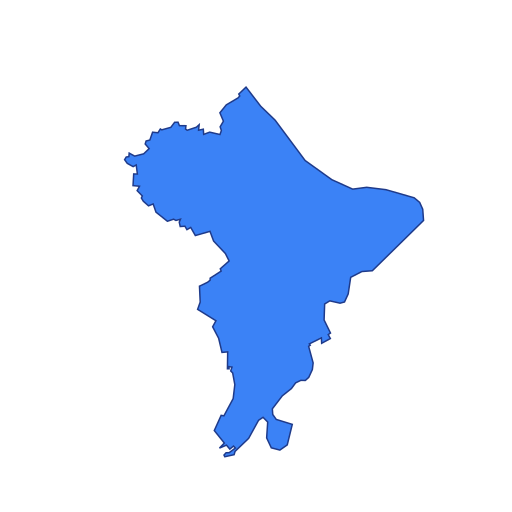 outline of Phuc Tho, Ha Noi, Vietnam, rotated 48°
{"feature_id": "81297802B65234108276491", "entity_name": "Phuc Tho", "entity_type": "district", "adm_level": 2, "iso_a3": "VNM", "parent_name": "Vietnam", "parent_adm1": "Ha Noi", "projection": "robinson", "projection_center": [105.577, 21.11], "detail": "medium", "context": "isolated", "style": "filled", "palette": "blue", "viewbox_px": 512, "rotation_deg": 48, "n_neighbors": 0, "source": "geoboundaries", "source_scale": "gbopen_adm2", "svg_char_len": 1957}
<svg xmlns="http://www.w3.org/2000/svg" viewBox="0 0 512 512"><g transform="rotate(48 256 256)"><path d="M341.7,107.7L332.8,100.8L325.7,98.5L318.6,99.5L293.6,115.1L279.0,127.8L271.0,139.4L250.0,148.6L217.9,155.6L167.9,150.9L147.9,152.3L123.8,150.4L124.1,160.4L126.2,161.0L126.5,163.5L123.8,176.9L125.4,187.0L134.0,190.0L136.0,196.2L139.6,197.8L141.6,201.5L133.0,207.5L130.6,213.5L126.5,210.3L124.1,214.5L120.4,210.4L120.4,214.1L116.5,223.0L114.5,223.4L112.3,220.9L107.9,225.7L104.4,224.4L102.2,227.0L103.4,233.2L99.2,241.6L97.6,242.1L98.8,246.4L94.8,250.0L98.8,257.3L97.0,260.7L98.6,263.4L104.7,263.6L104.9,271.1L100.6,279.3L94.7,281.4L97.1,284.0L95.6,286.2L96.5,289.2L101.0,289.7L107.4,287.5L108.2,284.1L115.7,289.3L113.2,292.0L121.4,300.3L126.2,295.9L127.9,300.6L135.3,300.3L136.2,302.4L139.9,303.1L146.8,302.3L148.5,297.6L156.5,301.0L170.9,298.6L173.5,292.6L176.0,291.7L178.1,287.5L179.5,290.4L183.4,292.6L186.3,288.9L190.2,289.7L191.1,285.4L200.2,287.4L206.9,273.7L216.5,277.5L233.7,277.1L241.7,279.3L241.6,291.1L243.9,292.0L241.8,304.9L243.3,306.3L243.1,309.6L240.6,318.2L252.9,328.3L256.6,335.1L277.3,329.1L279.6,335.6L292.1,338.8L304.9,345.8L308.3,341.2L320.7,352.7L321.8,351.5L320.1,350.1L322.5,348.2L324.5,351.7L327.3,351.6L337.4,357.8L346.7,368.4L353.3,386.8L351.1,388.5L357.8,403.8L373.8,404.7L374.3,411.7L376.8,404.5L382.0,404.7L382.2,399.9L384.9,399.8L384.2,407.5L382.2,409.9L382.5,413.0L384.3,413.5L389.0,405.2L387.2,402.3L386.6,383.5L379.8,364.0L380.6,358.7L387.2,358.4L398.3,369.8L408.8,373.0L416.2,368.1L417.3,359.2L405.4,341.7L391.0,350.3L385.0,349.6L380.5,346.1L377.5,330.0L378.2,318.3L376.8,311.4L378.4,305.9L381.5,302.6L381.5,298.0L378.1,290.1L373.7,285.1L358.3,277.3L358.6,275.4L357.0,275.2L360.6,262.2L364.8,265.6L367.1,256.0L362.7,254.9L363.1,252.2L349.1,248.2L337.6,237.1L338.7,231.2L347.3,225.1L349.4,221.0L345.9,212.9L335.2,199.9L338.4,187.7L344.8,179.4L341.7,107.7Z" fill="#3b82f6" stroke="#1e3a8a" stroke-width="1.5"/></g></svg>